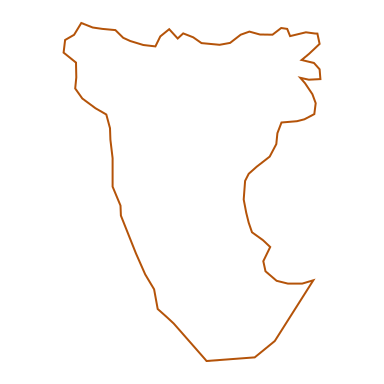 Sanida, Limassol, Cyprus (Robinson projection)
{"feature_id": "46923920B87246045221167", "entity_name": "Sanida", "entity_type": "district", "adm_level": 2, "iso_a3": "CYP", "parent_name": "Cyprus", "parent_adm1": "Limassol", "projection": "robinson", "projection_center": [33.193, 34.798], "detail": "fine", "context": "isolated", "style": "outline", "palette": "amber", "viewbox_px": 384, "rotation_deg": 0, "n_neighbors": 0, "source": "geoboundaries", "source_scale": "gbopen_adm2", "svg_char_len": 1140}
<svg xmlns="http://www.w3.org/2000/svg" viewBox="0 0 384 384"><path d="M183.2,33.4L177.7,38.5L169.2,29.2L160.3,36.4L155.4,46.4L143.3,45.0L130.2,41.0L130.0,40.9L123.2,37.8L115.4,30.1L102.4,28.9L92.7,27.5L81.3,23.0L74.1,34.8L65.1,40.0L63.6,52.6L76.0,62.6L76.3,77.4L75.2,88.5L82.3,98.5L95.4,108.2L106.3,114.5L110.0,128.2L110.4,139.7L112.6,158.2L112.6,172.6L112.6,186.7L113.0,187.6L120.5,205.6L120.9,215.6L135.9,253.3L145.2,274.4L154.1,289.3L157.7,309.0L166.8,317.1L173.7,323.5L205.3,359.5L206.5,361.0L253.0,357.5L254.7,357.4L274.8,341.0L313.3,280.3L302.2,283.6L287.9,283.6L276.6,280.8L265.5,271.3L263.3,261.2L270.2,247.0L263.0,240.2L252.0,232.3L248.7,222.7L246.2,212.6L243.7,199.5L245.1,180.9L248.7,173.8L256.7,166.7L269.7,156.6L276.3,144.1L277.4,133.2L281.5,122.5L297.0,121.2L304.4,119.3L314.3,114.1L315.7,103.2L312.4,94.2L305.0,83.2L300.3,77.8L308.8,79.7L320.4,79.1L319.6,69.3L314.0,63.0L301.6,60.0L309.1,53.8L319.6,43.9L317.4,33.6L314.9,33.5L305.9,32.3L290.1,36.1L287.2,28.9L281.2,28.0L272.5,34.7L259.9,34.5L249.4,31.6L240.7,34.7L230.1,42.9L219.6,44.8L201.5,43.1L193.2,37.3L183.2,33.4Z" fill="none" stroke="#b45309" stroke-width="2"/></svg>